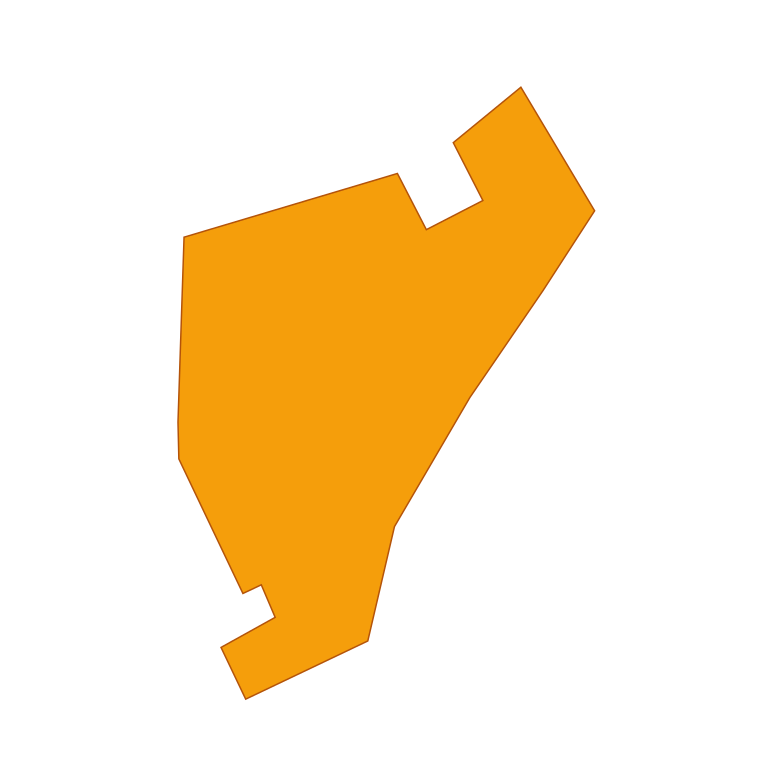 outline of Navoi city, Navoi, Uzbekistan, rotated 63°
{"feature_id": "79887680B50515464661087", "entity_name": "Navoi city", "entity_type": "district", "adm_level": 2, "iso_a3": "UZB", "parent_name": "Uzbekistan", "parent_adm1": "Navoi", "projection": "equal_earth", "projection_center": [65.362, 40.044], "detail": "fine", "context": "isolated", "style": "filled", "palette": "amber", "viewbox_px": 768, "rotation_deg": 63, "n_neighbors": 0, "source": "geoboundaries", "source_scale": "gbopen_adm2", "svg_char_len": 398}
<svg xmlns="http://www.w3.org/2000/svg" viewBox="0 0 768 768"><g transform="rotate(63 384 384)"><path d="M373.0,200.0L325.3,117.7L181.7,127.3L200.4,212.7L265.4,212.6L265.7,276.2L202.5,276.5L162.4,495.5L324.5,584.9L357.6,600.8L506.6,604.8L507.2,584.5L542.5,586.9L544.7,648.8L602.0,650.3L605.6,515.1L515.8,439.4L435.0,313.6L373.0,200.0Z" fill="#f59e0b" stroke="#b45309" stroke-width="1.5"/></g></svg>